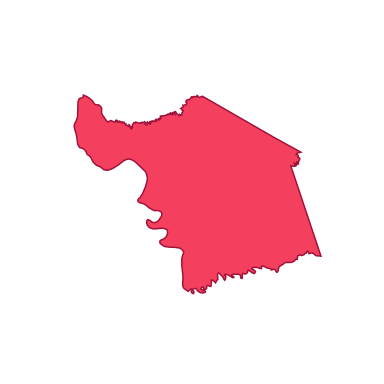 outline of Bermejo, Chaco, Argentina, rotated 119°
{"feature_id": "61730980B13060120877983", "entity_name": "Bermejo", "entity_type": "district", "adm_level": 2, "iso_a3": "ARG", "parent_name": "Argentina", "parent_adm1": "Chaco", "projection": "natural_earth1", "projection_center": [-58.71, -26.994], "detail": "fine", "context": "isolated", "style": "filled", "palette": "rose", "viewbox_px": 384, "rotation_deg": 119, "n_neighbors": 0, "source": "geoboundaries", "source_scale": "gbopen_adm2", "svg_char_len": 6081}
<svg xmlns="http://www.w3.org/2000/svg" viewBox="0 0 384 384"><g transform="rotate(119 192 192)"><path d="M185.6,48.1L121.2,118.3L119.9,114.8L119.5,114.3L119.0,114.3L118.8,113.8L118.5,113.7L118.2,115.5L117.1,116.5L117.0,113.7L116.0,112.6L115.4,112.6L114.9,113.1L115.1,113.6L116.1,114.2L115.2,114.9L114.7,114.9L114.4,113.9L113.9,113.5L111.3,113.6L110.5,113.9L110.1,114.9L110.4,115.9L109.3,116.3L108.5,116.9L108.4,118.1L108.8,119.0L107.9,119.1L106.9,118.7L104.4,116.1L104.5,146.6L103.2,228.0L103.5,228.2L103.5,228.6L103.2,229.3L105.7,231.5L105.9,232.3L105.0,233.8L105.2,234.4L105.9,234.0L106.3,234.1L107.1,235.2L107.3,236.4L107.8,236.6L109.0,238.5L109.1,238.4L108.9,237.2L109.1,237.2L110.1,238.6L112.6,239.1L112.8,239.9L113.3,240.5L114.8,241.4L116.4,240.9L116.5,239.9L117.8,239.5L118.5,239.5L119.1,239.9L119.4,240.7L120.4,241.2L120.5,242.0L121.3,241.3L121.9,241.1L124.5,242.3L124.5,240.9L125.3,240.3L125.1,239.3L126.0,238.9L127.8,239.2L128.5,238.7L129.7,238.3L130.0,238.9L130.1,240.2L131.0,239.6L131.5,240.3L131.1,241.5L130.7,244.0L129.9,244.9L129.8,245.9L130.6,246.2L130.8,246.1L131.2,245.2L132.0,245.4L132.3,245.0L132.2,245.8L131.4,245.8L131.1,246.4L132.1,247.6L132.7,247.6L133.2,246.5L134.2,246.7L134.1,247.5L133.2,249.1L133.8,249.4L134.5,248.6L134.9,248.9L134.8,249.8L135.7,251.0L136.1,250.9L136.2,250.5L136.4,250.7L136.8,251.6L137.1,251.6L138.3,252.8L139.7,254.5L140.2,255.7L141.0,256.4L141.4,255.9L141.9,255.9L141.9,255.5L142.6,255.0L142.8,255.4L143.1,255.1L144.1,255.4L143.6,255.9L143.9,256.8L144.2,256.8L144.3,256.2L145.0,256.3L144.7,256.9L145.4,257.0L145.5,257.5L146.0,257.7L145.8,258.5L146.1,259.0L146.6,259.0L147.0,258.4L146.9,257.8L147.3,257.5L147.6,257.6L147.9,258.8L148.4,259.0L148.3,259.7L149.0,260.1L148.9,260.9L149.8,261.0L149.6,261.8L150.1,262.0L150.2,261.6L150.7,261.6L150.8,261.9L151.3,262.0L150.8,262.4L150.9,263.0L151.5,263.0L152.3,262.2L152.2,261.6L152.6,261.7L153.0,261.4L153.2,261.9L152.9,262.4L153.0,262.9L152.8,263.1L152.7,264.1L152.3,264.8L153.0,265.0L153.4,264.1L153.6,264.6L154.0,264.4L155.0,264.8L155.3,264.2L155.7,264.8L155.3,265.5L155.3,266.3L153.7,266.5L154.0,267.0L153.7,267.5L154.3,267.6L154.7,268.2L154.7,268.7L155.4,269.1L155.4,269.4L156.1,269.2L156.4,269.7L156.3,270.2L156.6,270.4L156.8,271.1L157.3,271.2L157.5,271.8L158.1,275.2L158.4,275.3L158.7,275.0L159.1,275.0L159.4,276.4L160.7,276.7L164.0,276.3L164.3,275.4L164.9,275.7L165.0,275.5L166.0,275.5L166.0,276.5L165.3,277.0L165.1,277.9L164.5,277.9L164.4,278.7L163.7,279.0L163.7,279.7L164.5,279.3L165.4,279.3L165.1,281.3L165.5,282.0L165.2,282.2L165.2,283.0L164.6,283.0L165.0,283.6L163.9,285.3L164.1,285.6L164.6,285.4L164.7,286.1L164.4,286.7L164.6,287.0L165.0,286.8L165.2,287.2L165.6,287.4L165.2,288.2L165.3,288.5L165.1,289.0L165.1,289.4L165.7,289.1L166.4,289.7L166.5,290.2L165.9,291.1L165.6,292.1L165.9,293.1L166.2,293.3L166.2,291.9L166.8,291.5L166.9,292.7L167.4,293.1L167.8,292.9L168.5,293.7L168.8,297.7L171.2,299.2L171.6,299.9L169.9,304.2L169.5,304.6L168.0,307.8L167.2,308.9L166.9,309.3L162.6,311.6L161.7,312.9L161.1,314.9L161.2,316.3L162.3,318.3L162.3,320.1L160.7,322.8L159.7,327.3L159.5,330.1L159.9,334.0L161.2,333.3L162.8,333.7L164.9,335.9L168.2,335.5L181.8,328.5L186.0,327.8L189.4,327.7L191.7,326.9L194.7,324.3L196.9,321.9L200.3,319.0L205.5,315.3L207.6,312.0L206.9,308.7L206.9,307.1L207.7,305.0L210.0,301.7L210.3,298.8L211.0,296.9L212.7,294.7L213.8,292.7L214.8,289.6L214.9,287.4L214.4,284.2L215.2,280.3L215.0,278.9L214.5,277.6L213.5,275.9L211.0,273.6L208.8,272.1L204.0,269.5L197.6,266.8L195.2,265.0L193.8,263.3L193.1,260.8L193.0,259.1L193.1,256.4L196.7,242.6L198.5,240.3L201.4,237.8L204.8,236.4L209.7,235.3L216.9,234.5L222.1,234.7L223.7,235.5L225.5,235.4L226.5,234.6L226.7,232.7L225.8,228.7L225.7,226.9L226.6,222.1L226.7,218.1L226.5,215.8L224.7,212.7L224.4,211.5L224.4,209.5L225.0,208.3L227.1,207.2L228.3,207.0L232.9,207.4L235.0,208.2L236.8,209.7L237.4,210.9L237.8,212.7L237.2,214.8L237.5,217.2L238.0,217.5L239.8,217.4L241.4,216.4L242.6,215.1L243.6,212.8L243.7,211.0L243.2,208.5L242.4,206.8L238.4,200.9L237.4,198.7L237.1,195.9L237.3,195.1L240.1,193.3L242.7,192.9L244.5,193.1L247.1,194.2L249.4,196.0L250.1,196.3L251.7,195.8L252.2,195.2L252.5,194.4L253.0,191.2L252.7,188.7L250.7,184.0L248.7,180.1L247.0,175.7L247.1,173.2L248.2,170.5L249.0,169.9L252.5,169.4L255.6,168.4L260.8,165.6L270.4,158.8L277.2,155.5L278.5,154.6L279.9,153.0L280.2,152.2L280.8,147.2L277.4,146.1L277.3,145.4L278.0,144.9L279.2,144.5L280.2,143.6L280.4,142.0L280.1,141.4L279.1,141.6L278.4,142.0L277.9,142.5L277.5,143.8L277.0,144.2L276.3,144.0L275.8,143.3L275.0,142.9L274.7,142.1L274.7,140.9L275.8,139.2L276.0,136.2L275.2,133.8L273.7,132.1L272.8,131.8L272.5,132.8L272.4,135.2L272.6,136.4L272.5,137.4L271.8,137.5L270.0,136.8L269.6,136.3L270.4,135.2L271.2,134.6L271.5,134.0L271.1,133.2L270.2,132.7L269.1,132.5L267.1,133.6L266.5,133.4L266.0,132.5L265.8,130.3L265.4,129.7L261.7,131.1L259.7,132.4L259.3,131.5L259.2,130.0L260.1,127.4L259.5,127.3L258.0,127.6L255.9,127.0L251.4,129.9L250.1,129.6L249.8,129.0L251.1,124.6L252.0,122.9L252.9,121.7L253.3,120.7L252.2,120.5L251.4,120.7L249.5,121.5L249.1,121.9L249.0,123.3L248.5,123.3L247.7,122.8L247.3,121.7L247.1,120.3L247.2,114.8L246.4,114.0L245.8,114.5L245.7,115.1L245.9,115.8L245.7,116.8L245.0,117.1L244.1,116.6L241.1,110.7L241.3,109.4L243.5,107.7L243.7,107.1L243.4,106.4L242.8,106.3L240.7,107.6L238.5,108.1L238.0,105.7L236.8,104.7L235.8,104.6L233.2,105.0L233.0,104.3L233.4,100.6L233.4,98.6L232.8,97.8L231.2,97.8L230.6,98.1L230.1,100.3L230.4,102.0L230.0,102.5L229.4,102.7L228.1,101.7L226.4,98.4L225.6,94.4L224.7,94.2L223.0,95.2L222.2,93.9L222.0,89.2L221.0,86.6L221.1,85.8L221.8,85.0L221.4,84.2L220.4,83.7L219.9,83.1L219.7,82.5L219.7,81.8L221.2,79.1L220.7,78.5L218.9,78.5L215.7,79.6L214.6,79.4L210.9,77.2L209.4,76.8L208.3,75.9L205.8,71.6L204.1,69.8L202.2,68.8L201.0,68.8L200.2,68.2L199.8,67.3L196.5,68.7L195.3,67.3L194.4,66.8L194.3,66.1L194.5,65.4L194.0,64.8L192.2,63.5L190.8,63.4L189.9,62.3L188.6,62.6L187.8,62.4L188.1,61.1L189.0,60.0L189.2,59.5L187.7,58.5L187.2,57.3L186.9,55.7L187.6,53.2L187.4,52.1L186.5,50.4L185.6,48.1Z" fill="#f43f5e" stroke="#9f1239" stroke-width="1.5"/></g></svg>